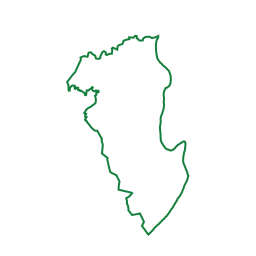 outline of Yala, Cross River, Nigeria, rotated 106°
{"feature_id": "59680162B30655337934726", "entity_name": "Yala", "entity_type": "district", "adm_level": 2, "iso_a3": "NGA", "parent_name": "Nigeria", "parent_adm1": "Cross River", "projection": "orthographic", "projection_center": [8.567, 6.667], "detail": "fine", "context": "isolated", "style": "outline", "palette": "green", "viewbox_px": 256, "rotation_deg": 106, "n_neighbors": 0, "source": "geoboundaries", "source_scale": "gbopen_adm2", "svg_char_len": 4537}
<svg xmlns="http://www.w3.org/2000/svg" viewBox="0 0 256 256"><g transform="rotate(106 128 128)"><path d="M189.9,120.1L189.2,106.5L189.5,106.0L193.3,107.8L196.1,110.4L198.9,108.6L200.8,108.4L202.3,106.9L205.4,105.3L206.9,105.0L210.5,100.1L206.9,92.9L213.8,86.8L218.2,87.6L223.9,80.4L224.8,79.0L223.4,78.2L221.6,77.2L220.2,76.4L218.5,75.7L216.7,75.0L216.1,74.6L215.0,73.9L213.6,73.2L211.1,71.4L209.7,71.0L208.4,70.0L207.6,69.9L206.6,69.2L205.2,68.2L204.1,67.8L202.7,67.1L201.7,66.4L200.3,66.0L198.9,65.3L197.1,64.9L196.1,64.5L193.6,63.8L193.1,63.5L192.2,63.1L190.5,62.7L189.1,62.4L187.7,62.0L186.3,61.6L183.8,60.9L182.4,60.9L181.0,60.2L179.6,59.5L178.8,59.3L178.3,59.2L177.5,59.1L176.1,58.7L174.4,58.3L172.6,58.3L170.9,58.0L168.7,58.0L166.3,57.6L164.5,57.2L163.1,57.0L162.4,56.8L160.7,56.8L158.2,56.8L157.2,56.8L156.5,57.5L155.1,58.6L154.0,58.9L152.9,60.0L152.5,60.3L151.9,60.7L150.1,62.1L149.1,62.8L148.3,63.5L146.6,64.9L146.3,65.1L145.2,65.6L144.1,66.0L142.7,66.3L142.0,66.7L141.0,66.7L139.2,67.0L136.4,67.3L134.3,67.3L134.1,67.3L132.5,67.3L131.1,67.7L128.0,68.2L127.3,68.4L125.5,69.4L125.5,70.1L125.8,71.2L126.0,71.3L126.5,71.9L127.6,72.6L128.6,73.7L130.0,74.8L131.4,75.9L132.1,76.2L133.2,76.9L134.6,77.3L135.6,78.4L136.7,78.7L137.3,79.8L138.0,80.9L137.7,82.7L137.7,83.7L137.7,85.1L136.6,87.3L135.2,88.7L134.8,89.4L134.1,90.1L133.1,91.2L132.4,91.8L131.6,92.6L130.2,93.3L129.2,93.6L127.4,94.3L125.7,94.7L123.5,95.7L121.4,96.4L118.6,97.5L116.2,97.8L114.0,98.1L112.3,98.5L110.2,99.2L108.1,99.5L105.3,99.2L103.9,99.1L101.7,99.1L99.3,99.1L97.2,99.5L95.4,99.8L93.3,100.8L90.8,101.2L88.4,101.9L87.3,102.6L85.9,102.9L84.9,103.3L83.5,103.3L82.4,103.3L81.7,103.3L80.3,102.9L79.2,102.9L78.6,101.8L77.2,100.7L76.1,100.0L74.7,99.6L73.7,99.6L72.3,99.6L71.2,100.0L69.8,100.0L68.4,100.7L67.0,101.0L66.3,101.4L64.5,102.4L63.1,103.5L61.7,104.5L61.0,106.0L60.2,107.3L59.9,107.7L59.5,108.8L58.5,110.6L58.1,112.0L57.4,112.7L56.7,114.1L56.0,115.5L55.3,116.2L54.6,117.3L53.5,118.4L51.7,119.8L50.7,120.1L49.6,120.8L47.9,121.5L46.8,121.9L45.4,122.6L44.0,122.9L42.2,123.6L40.8,124.0L39.4,124.3L38.4,124.3L36.9,124.6L35.2,124.6L34.1,124.3L32.7,123.9L31.2,124.3L33.5,127.0L34.0,128.0L34.9,129.8L34.4,132.9L35.8,136.5L37.6,137.9L37.7,138.0L39.8,138.0L40.7,140.7L40.4,142.1L39.5,142.9L39.4,144.1L39.4,144.3L37.3,144.9L37.3,146.4L39.7,147.7L40.1,149.8L40.5,151.9L42.2,151.2L43.2,153.3L45.3,156.3L47.4,156.3L48.9,156.6L51.0,159.8L52.5,160.4L53.3,160.3L54.5,160.1L55.7,160.0L55.3,161.4L55.2,163.2L54.9,164.7L56.0,165.5L57.4,164.6L59.7,164.2L61.1,164.0L61.6,165.9L62.6,167.4L63.7,168.4L63.5,169.1L63.4,169.7L61.7,170.0L60.9,171.5L60.9,172.5L62.4,173.6L66.8,174.3L68.5,173.9L69.6,175.2L69.9,176.4L70.0,178.0L67.5,179.5L67.1,181.4L66.9,181.7L66.4,183.2L65.5,184.3L65.6,184.5L66.4,186.6L66.9,186.6L70.7,186.6L71.0,190.1L73.1,192.8L73.3,193.1L75.2,192.1L89.3,194.3L92.2,195.9L100.7,199.2L102.9,197.3L104.9,196.5L106.9,196.0L108.4,195.2L108.1,194.3L107.1,194.6L105.0,194.7L103.2,193.9L102.2,192.5L102.1,190.8L102.6,190.4L103.9,190.6L104.9,189.9L105.0,189.5L103.8,189.0L103.3,188.4L103.0,187.4L103.2,186.9L103.5,186.9L103.9,187.2L104.4,187.1L104.8,186.7L105.3,186.4L105.3,186.1L104.8,185.6L105.0,184.9L105.5,184.5L105.6,184.2L105.0,183.9L105.0,183.4L105.4,182.4L105.6,181.6L106.4,179.5L106.9,179.0L108.0,178.6L108.2,177.9L108.0,177.5L107.5,177.5L106.7,177.4L105.6,177.7L104.6,177.9L104.1,178.1L103.0,177.8L103.0,177.1L102.8,176.2L101.5,175.6L101.1,175.4L100.3,174.4L99.3,173.9L98.7,173.8L98.5,173.5L98.7,173.1L99.3,173.1L99.8,173.3L100.2,173.6L100.9,173.1L101.7,172.4L101.9,171.2L101.9,169.7L101.1,169.3L100.7,169.1L100.9,168.2L101.2,168.0L101.0,167.6L100.3,167.0L100.3,166.7L100.8,166.3L101.7,166.3L102.1,167.1L103.0,168.0L104.3,167.9L104.9,167.6L106.1,168.6L107.5,167.7L107.9,167.4L109.5,166.9L110.7,166.3L111.3,166.3L112.2,166.3L112.9,166.1L113.6,166.5L114.2,166.9L114.9,167.4L115.3,167.8L115.7,168.0L116.2,168.4L116.4,168.7L117.1,169.0L117.9,169.7L118.9,170.8L120.0,171.9L122.6,173.5L124.0,173.5L124.5,173.6L125.3,174.2L125.8,174.1L126.0,173.6L126.0,172.2L126.3,172.3L127.1,172.7L127.7,172.6L128.1,172.2L128.5,172.1L128.8,172.2L129.2,172.1L129.2,171.6L128.9,171.4L128.7,171.1L128.8,170.8L129.2,170.9L131.3,171.4L131.6,171.6L132.1,171.4L132.0,170.9L132.4,170.5L132.8,170.2L132.9,169.4L133.7,168.9L134.5,167.6L137.7,163.3L139.7,159.3L139.1,156.8L145.8,150.0L146.6,150.2L151.4,147.5L159.7,146.0L162.5,139.3L164.1,139.2L175.1,133.1L175.6,131.7L176.5,126.7L176.5,126.2L181.9,121.4L185.5,121.0L189.8,120.2L189.9,120.1Z" fill="none" stroke="#15803d" stroke-width="2"/></g></svg>